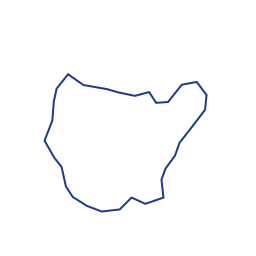 Panagra, Cyprus (Albers equal-area conic projection), rotated 237°
{"feature_id": "46923920B46239783627479", "entity_name": "Panagra", "entity_type": "district", "adm_level": 2, "iso_a3": "CYP", "parent_name": "Cyprus", "parent_adm1": "", "projection": "albers", "projection_center": [33.067, 35.342], "detail": "fine", "context": "isolated", "style": "outline", "palette": "blue", "viewbox_px": 256, "rotation_deg": 237, "n_neighbors": 0, "source": "geoboundaries", "source_scale": "gbopen_adm2", "svg_char_len": 527}
<svg xmlns="http://www.w3.org/2000/svg" viewBox="0 0 256 256"><g transform="rotate(237 128 128)"><path d="M146.6,165.3L151.2,151.3L162.8,139.6L172.1,131.5L188.3,114.0L205.7,107.0L199.9,89.6L190.6,80.2L175.5,68.6L162.8,51.1L143.1,50.0L131.5,51.1L112.9,44.1L100.2,44.1L85.1,51.1L72.3,60.4L64.2,76.7L67.7,93.1L55.0,101.2L50.3,119.8L66.5,128.0L73.5,137.3L79.3,152.5L87.4,162.9L96.7,189.7L101.3,202.5L112.9,211.9L129.2,210.7L135.0,196.7L128.0,175.7L133.8,165.3L146.6,165.3Z" fill="none" stroke="#1e3a8a" stroke-width="2"/></g></svg>